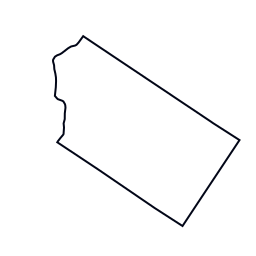 the district of Mercer, Illinois, United States of America, rotated 33°
{"feature_id": "52423323B81456480452188", "entity_name": "Mercer", "entity_type": "district", "adm_level": 2, "iso_a3": "USA", "parent_name": "United States of America", "parent_adm1": "Illinois", "projection": "albers", "projection_center": [-90.946, 41.199], "detail": "fine", "context": "isolated", "style": "outline", "palette": "ink", "viewbox_px": 256, "rotation_deg": 33, "n_neighbors": 0, "source": "geoboundaries", "source_scale": "gbopen_adm2", "svg_char_len": 658}
<svg xmlns="http://www.w3.org/2000/svg" viewBox="0 0 256 256"><g transform="rotate(33 128 128)"><path d="M228.1,77.4L196.7,77.6L193.9,77.5L40.4,75.4L40.0,83.2L39.5,86.3L38.7,87.7L35.9,90.6L34.4,93.6L31.7,101.3L30.7,103.3L29.0,105.6L27.9,108.0L28.0,111.4L28.4,112.3L29.2,113.3L31.8,115.6L34.1,118.7L37.5,122.0L40.0,124.8L42.1,127.8L45.3,133.2L49.2,140.9L52.6,141.9L53.5,142.0L57.8,141.0L59.3,140.9L62.1,142.3L63.0,143.1L64.5,145.0L67.0,150.1L70.1,155.0L71.5,159.2L74.1,162.5L77.2,168.1L77.3,168.9L76.8,172.9L76.4,177.5L76.5,178.3L76.5,178.5L124.9,179.0L194.2,180.6L227.1,180.5L227.4,146.3L228.1,77.4Z" fill="none" stroke="#020617" stroke-width="2"/></g></svg>